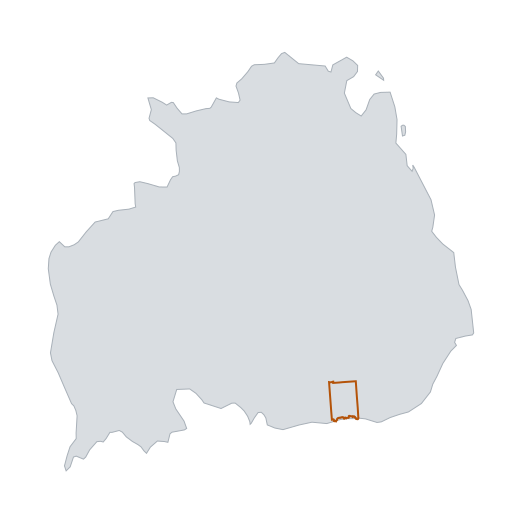 Anlong Veaeng, Siemréab, Cambodia (highlighted), rotated 176°
{"feature_id": "14789045B31734581894199", "entity_name": "Anlong Veaeng", "entity_type": "district", "adm_level": 2, "iso_a3": "KHM", "parent_name": "Cambodia", "parent_adm1": "Siemréab", "projection": "natural_earth1", "projection_center": [103.997, 14.166], "detail": "fine", "context": "in_parent", "style": "outline", "palette": "amber", "viewbox_px": 512, "rotation_deg": 176, "n_neighbors": 0, "source": "geoboundaries", "source_scale": "gbopen_adm2", "svg_char_len": 5127}
<svg xmlns="http://www.w3.org/2000/svg" viewBox="0 0 512 512"><g transform="rotate(176 256 256)"><path d="M460.4,54.9L461.7,60.0L458.4,69.8L454.8,78.7L448.1,86.4L447.8,92.1L445.6,109.1L446.5,114.5L448.1,119.1L450.3,121.6L456.2,138.2L461.5,153.4L466.8,165.8L467.8,173.7L463.0,193.6L457.5,211.8L458.0,220.9L460.4,230.1L463.1,242.2L464.1,257.8L462.7,267.9L460.2,274.2L455.4,280.7L451.2,284.0L446.1,278.5L442.0,278.2L436.6,279.9L432.3,282.4L423.7,291.9L414.1,301.1L400.8,303.4L395.6,310.3L390.0,311.2L379.5,311.6L372.6,313.2L372.9,316.6L372.4,332.9L372.6,336.7L371.5,337.7L366.7,338.2L358.7,335.7L347.7,331.6L339.9,331.0L335.9,338.1L333.6,340.9L330.6,341.3L327.5,342.5L326.5,345.7L326.3,349.6L327.8,356.4L328.3,367.1L328.0,374.4L330.8,379.1L347.6,394.6L352.5,398.5L353.1,400.8L350.2,409.3L352.8,421.2L347.5,421.0L338.8,415.9L334.6,412.8L329.6,415.2L327.8,414.8L324.4,408.9L319.9,402.9L315.3,402.6L305.5,404.9L295.6,406.5L291.8,406.5L290.3,407.6L284.5,416.5L282.1,415.0L272.0,411.6L262.9,410.3L261.0,412.6L262.1,419.8L264.1,426.9L263.0,429.9L257.9,433.7L251.3,440.4L247.2,445.6L244.4,446.9L234.3,446.6L224.2,447.3L220.2,452.2L216.4,456.1L213.1,457.1L200.0,444.9L173.8,440.7L171.0,435.3L168.4,434.3L166.0,441.3L151.7,448.0L145.7,443.9L141.3,439.0L141.9,433.0L146.1,428.1L153.2,424.6L156.5,412.3L151.1,396.5L146.3,391.9L141.3,388.3L136.0,394.1L131.6,404.2L126.9,409.3L120.4,410.5L110.8,410.1L107.1,395.1L105.8,382.2L107.2,367.6L108.6,358.9L99.4,346.9L98.9,335.5L94.4,329.6L93.1,332.5L93.3,335.8L92.0,333.4L77.5,299.9L75.0,284.4L77.6,272.4L79.0,268.4L74.8,262.1L68.9,255.0L58.5,245.6L57.8,230.8L55.5,213.3L52.4,207.4L47.6,196.6L45.1,187.7L44.2,164.1L45.6,162.2L53.0,161.5L62.4,159.8L63.9,156.0L62.3,152.8L68.3,147.5L77.1,135.8L83.8,123.5L88.6,115.8L91.5,108.2L101.3,97.3L114.8,89.8L123.9,88.0L133.4,85.5L142.6,81.8L146.9,81.5L158.2,85.9L164.3,87.0L170.7,87.0L177.4,87.4L183.2,87.0L197.1,83.9L211.8,86.3L224.9,84.4L241.2,80.9L249.2,83.1L256.5,86.7L257.5,93.8L259.2,97.1L261.6,99.7L264.8,99.7L269.0,94.6L272.4,89.5L273.6,88.5L273.7,91.1L275.5,96.7L278.6,102.2L281.7,105.8L287.0,110.7L290.4,110.9L301.5,106.3L318.1,113.0L320.1,116.4L325.5,123.2L331.4,128.0L344.4,128.4L349.0,116.4L346.7,109.1L339.3,96.3L337.2,88.8L339.6,87.5L352.1,86.1L354.2,84.6L356.9,76.3L360.3,77.3L367.3,78.3L374.7,72.7L379.0,66.8L381.4,69.5L384.0,73.6L386.8,76.0L392.2,79.6L398.0,84.6L401.6,89.6L404.6,91.5L412.0,90.1L414.0,90.3L418.3,84.3L421.4,81.1L423.9,82.0L427.7,81.9L435.4,74.3L439.9,67.3L442.3,65.4L449.3,68.9L452.1,68.2L456.1,58.6L460.4,54.9ZM102.2,375.3L100.7,376.2L99.4,376.2L98.0,374.8L98.1,369.4L99.1,366.1L101.5,365.5L102.2,375.3ZM124.0,428.4L121.1,432.0L116.4,424.5L116.4,422.4L124.0,428.4Z" fill="#d9dde1" stroke="#a8b0b8" stroke-width="1"/><path d="M191.9,125.1L191.9,120.8L191.8,97.4L191.8,97.2L191.8,96.0L191.7,87.5L191.3,87.6L191.1,87.6L190.9,87.6L190.7,87.7L190.4,87.7L190.2,87.7L189.9,87.5L189.8,87.4L189.9,87.1L190.0,86.7L190.0,86.3L190.0,86.1L189.9,86.0L189.7,85.9L189.4,85.7L189.2,85.7L189.1,85.8L188.9,85.8L188.7,85.9L188.4,85.8L188.3,85.7L188.2,85.7L187.8,85.6L187.7,85.5L187.4,85.9L187.4,86.0L187.4,86.3L187.1,86.4L186.9,86.5L186.7,86.7L186.7,86.8L186.7,87.0L186.6,87.3L186.5,87.6L186.4,87.6L186.3,87.8L186.2,88.1L186.0,88.3L185.9,88.3L185.7,88.5L185.3,88.5L185.2,88.6L184.9,88.6L184.7,88.7L184.6,88.8L184.4,88.9L184.2,88.9L183.9,88.8L183.8,88.7L183.7,88.7L183.4,88.7L183.4,88.8L183.2,88.9L182.9,89.0L182.7,89.0L182.4,88.9L182.2,88.9L182.1,89.0L181.9,89.0L181.7,89.1L181.4,89.1L181.3,89.3L181.2,89.3L181.1,89.2L180.9,89.0L180.8,88.9L180.6,88.9L180.3,89.0L180.2,88.9L179.9,88.7L179.7,88.4L179.7,88.1L179.7,87.9L179.7,87.7L179.4,87.5L179.2,87.6L179.0,87.8L178.9,87.9L178.8,88.0L178.7,88.2L178.6,88.3L178.6,88.5L178.4,88.6L178.2,88.5L177.9,88.5L177.8,88.4L177.7,88.2L177.5,87.9L177.4,87.7L177.2,87.7L177.0,87.9L176.8,88.0L176.7,88.2L176.3,88.2L176.1,88.2L175.9,88.2L175.6,88.2L175.4,88.1L175.2,88.1L174.9,88.1L174.7,88.4L174.6,88.6L174.6,88.8L174.5,89.0L174.6,89.4L174.6,89.5L174.6,89.8L174.4,90.0L174.2,90.0L174.1,89.9L173.9,89.9L173.7,89.8L173.4,89.9L173.2,89.8L173.0,89.7L172.9,89.6L172.7,89.4L172.3,89.4L172.1,89.5L171.9,89.5L171.8,89.4L171.7,89.3L171.4,89.2L171.2,89.3L170.9,89.4L170.8,89.2L170.9,88.9L171.0,88.7L170.9,88.6L170.7,88.7L170.5,88.8L170.4,88.8L170.2,88.8L169.9,88.8L169.7,88.8L169.6,89.1L169.5,89.3L169.4,89.3L169.3,89.2L169.2,89.0L169.2,88.9L169.0,88.7L168.9,88.5L168.6,88.5L168.6,88.4L168.5,88.2L168.4,87.9L168.3,87.7L168.1,87.6L167.8,87.6L167.7,87.5L167.7,87.4L167.7,87.1L167.8,87.0L167.8,86.9L167.8,86.7L167.7,86.6L167.4,86.5L167.2,86.4L166.9,86.3L166.6,86.2L166.4,86.2L166.2,86.1L165.8,86.2L165.7,86.2L165.6,86.4L165.5,86.5L165.4,86.6L165.3,87.0L165.2,87.2L165.1,87.3L165.1,87.5L165.3,87.7L165.3,87.8L165.2,87.9L165.1,97.4L165.2,108.9L165.2,110.6L165.2,120.8L165.2,124.1L166.7,124.1L169.9,124.1L173.3,124.1L175.2,124.1L178.5,124.1L181.9,124.0L187.9,124.0L187.9,124.3L187.8,124.5L187.7,124.6L187.7,124.8L187.7,125.0L187.7,125.3L187.9,125.3L188.3,125.2L188.5,125.1L189.0,125.0L189.5,124.9L190.0,124.8L190.3,124.8L190.7,124.8L191.0,124.8L191.5,125.0L191.9,125.1Z" fill="none" stroke="#b45309" stroke-width="2"/></g></svg>